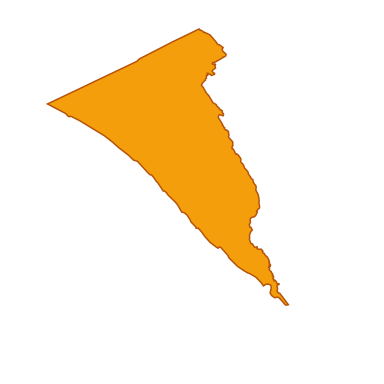 the district of Cook, Minnesota, United States of America, rotated 64°
{"feature_id": "52423323B35428884505626", "entity_name": "Cook", "entity_type": "district", "adm_level": 2, "iso_a3": "USA", "parent_name": "United States of America", "parent_adm1": "Minnesota", "projection": "robinson", "projection_center": [-90.193, 47.855], "detail": "fine", "context": "isolated", "style": "filled", "palette": "amber", "viewbox_px": 384, "rotation_deg": 64, "n_neighbors": 0, "source": "geoboundaries", "source_scale": "gbopen_adm2", "svg_char_len": 4557}
<svg xmlns="http://www.w3.org/2000/svg" viewBox="0 0 384 384"><g transform="rotate(64 192 192)"><path d="M48.6,114.1L48.5,143.2L49.3,181.0L50.4,184.4L49.5,283.3L65.3,271.7L67.3,270.6L68.9,270.5L69.9,269.8L70.7,269.0L70.7,268.0L71.2,267.4L78.5,261.8L103.2,246.0L112.5,241.5L119.7,238.6L131.4,232.8L137.7,230.6L140.4,227.6L155.1,223.3L158.1,222.2L158.9,220.9L161.9,220.1L167.1,219.4L168.5,218.7L178.5,217.5L178.9,216.4L180.2,215.8L182.0,215.1L183.4,215.1L185.3,214.5L194.1,211.3L197.8,210.5L205.5,210.1L207.2,208.1L210.5,206.6L215.9,205.9L218.7,206.0L224.1,204.2L225.1,204.1L226.4,204.2L227.0,203.1L227.1,202.3L232.5,200.8L237.9,199.9L245.3,197.8L252.8,194.0L254.0,193.1L253.3,191.5L254.7,190.4L264.4,187.6L267.7,187.6L278.9,183.6L285.4,179.9L289.3,177.3L290.8,175.7L296.7,171.9L303.6,169.6L307.5,169.0L307.8,168.9L307.5,167.6L307.4,165.7L308.0,164.4L309.0,162.9L310.3,162.1L312.8,162.7L315.7,165.0L317.1,166.1L320.0,165.8L323.3,164.1L323.6,162.7L323.9,161.2L325.8,159.9L334.3,157.6L335.0,157.0L335.5,154.8L321.5,157.5L320.3,158.7L318.4,159.1L318.2,159.0L317.5,158.2L316.9,157.8L315.8,157.2L314.6,157.1L313.4,156.7L313.0,156.0L313.3,155.3L313.1,154.3L312.9,154.0L312.7,154.1L312.2,154.6L311.9,155.3L311.5,155.6L311.1,155.7L310.2,155.5L307.9,156.0L307.6,156.3L307.9,156.6L307.9,157.0L307.8,157.3L307.5,157.3L307.1,156.8L306.4,156.7L306.0,157.0L305.7,157.3L305.4,157.3L305.0,157.1L304.5,156.4L304.2,155.9L303.1,155.7L302.8,156.3L302.4,156.5L302.0,156.2L301.5,155.8L301.5,155.6L301.1,155.5L300.6,155.6L300.0,155.8L299.1,155.9L298.9,155.9L298.8,155.7L298.3,155.7L296.0,156.7L295.8,156.7L295.1,156.3L294.9,156.0L294.7,155.8L293.8,155.8L293.3,156.0L293.2,155.8L293.3,154.3L293.1,154.2L292.7,154.4L292.3,154.8L291.8,155.0L291.7,154.3L292.0,154.1L292.3,154.0L292.1,153.5L291.9,153.4L291.8,153.5L290.4,153.8L290.4,153.6L289.4,153.2L289.0,153.4L288.3,153.6L288.2,153.5L288.0,153.0L287.1,152.7L284.3,152.8L282.5,153.1L281.5,153.9L280.9,154.0L279.2,153.9L278.7,154.1L278.3,154.7L278.1,154.8L276.7,155.0L276.5,154.9L276.3,154.2L274.0,154.7L273.8,154.8L273.4,155.7L272.0,158.1L271.7,158.3L271.3,158.3L270.5,157.7L269.9,157.5L269.7,157.6L269.7,157.9L269.7,158.8L269.0,159.9L268.8,160.0L265.0,160.5L264.4,161.5L264.0,161.6L262.6,161.4L261.6,161.4L259.5,161.1L259.0,160.8L258.4,160.1L258.1,160.0L256.9,159.8L256.2,159.4L255.0,158.2L253.3,156.3L253.0,155.8L252.9,155.1L252.6,154.5L249.6,154.5L248.9,155.5L247.2,154.8L246.3,154.8L245.4,153.4L244.7,152.7L243.3,152.1L243.2,152.1L242.8,152.2L242.5,152.2L241.7,151.5L241.4,151.0L241.0,149.9L241.2,148.5L241.6,146.7L240.8,144.7L238.8,142.2L238.6,142.1L238.4,142.3L237.6,142.5L236.9,141.3L236.0,138.4L234.9,137.7L231.9,136.8L231.3,136.8L229.7,135.7L226.7,134.5L223.4,133.7L218.8,133.8L217.6,133.5L217.4,133.1L217.1,133.0L216.5,132.8L215.7,132.1L215.1,132.0L213.7,131.9L213.4,132.1L212.4,132.4L209.9,132.5L207.6,131.9L205.3,133.0L204.1,132.8L201.1,133.3L200.2,133.3L198.6,132.9L196.9,133.2L193.2,134.3L191.1,134.0L189.3,134.0L186.6,135.0L185.9,135.0L185.0,134.2L183.6,133.6L182.3,133.6L181.4,133.9L179.0,134.2L177.7,134.9L177.5,135.7L176.6,135.8L176.5,136.0L176.4,136.1L175.9,136.2L174.6,136.0L172.0,136.1L171.2,136.3L171.0,136.9L170.8,136.9L169.3,136.4L168.9,136.1L168.7,135.8L168.6,135.2L167.9,134.8L167.2,134.7L165.4,133.6L164.1,133.6L158.9,135.1L157.9,134.7L157.2,134.0L156.4,133.6L154.3,133.1L153.9,132.8L153.4,132.7L152.8,133.4L151.6,133.5L151.1,134.3L150.5,134.7L149.8,135.0L149.3,135.0L148.6,134.5L148.3,134.9L148.2,134.9L148.1,135.1L146.4,134.9L145.9,135.0L145.4,135.4L144.3,134.9L136.9,135.7L135.5,135.1L134.9,134.5L134.5,133.2L137.1,130.8L136.4,129.7L135.1,129.5L134.3,129.8L133.3,129.9L133.1,129.8L132.6,129.2L132.2,129.2L130.6,130.2L130.4,130.7L127.7,131.1L125.8,131.9L125.1,132.0L123.8,132.0L121.1,134.0L112.7,134.7L109.5,135.7L102.5,136.1L100.6,136.9L98.8,135.2L98.8,134.8L97.7,132.4L97.4,130.9L96.7,130.7L96.4,130.4L96.1,129.6L96.0,129.2L94.7,128.5L94.1,128.3L93.5,127.8L94.0,127.1L94.0,126.9L93.9,126.6L93.5,126.4L92.8,126.5L92.5,126.5L92.0,126.2L92.3,125.6L94.3,124.2L95.8,123.4L95.9,121.6L96.1,120.3L95.8,119.9L95.2,119.7L94.8,119.9L94.3,120.6L92.3,120.9L91.6,120.0L90.9,116.6L89.7,116.2L88.4,116.2L88.1,115.5L87.8,115.0L86.9,115.3L87.0,115.8L86.8,116.8L85.6,117.6L84.9,116.8L85.4,114.1L85.2,110.9L84.8,105.4L84.7,105.2L84.4,105.0L84.3,104.8L84.7,103.3L84.5,102.2L83.6,101.2L82.9,101.0L79.3,102.5L77.8,102.6L76.6,102.0L75.9,100.7L71.9,102.7L70.4,104.3L68.5,104.4L58.8,106.9L53.8,110.8L53.9,111.4L52.2,111.9L50.3,113.2L50.0,113.8L48.7,114.1L48.6,114.1Z" fill="#f59e0b" stroke="#b45309" stroke-width="1.5"/></g></svg>